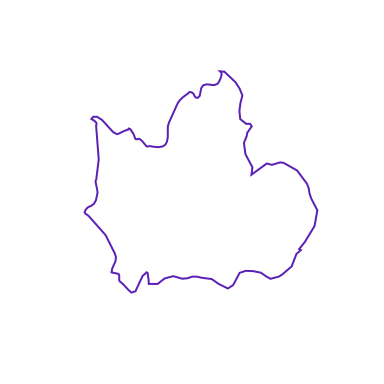 SVG path tracing the border of Louang Namtha, rotated 305°
{"feature_id": "LAO-3272", "entity_name": "Louang Namtha", "entity_type": "Province", "adm_level": 1, "iso_a3": "LAO", "parent_name": "Laos", "parent_adm1": "", "projection": "mercator", "projection_center": [101.159, 20.926], "detail": "fine", "context": "isolated", "style": "outline", "palette": "violet", "viewbox_px": 384, "rotation_deg": 305, "n_neighbors": 0, "source": "natural_earth", "source_scale": "10m", "svg_char_len": 1851}
<svg xmlns="http://www.w3.org/2000/svg" viewBox="0 0 384 384"><g transform="rotate(305 192 192)"><path d="M194.1,67.7L196.9,67.9L199.2,71.2L199.4,77.1L195.8,93.2L196.4,97.5L197.8,98.5L203.1,101.4L206.5,103.9L207.3,103.7L207.8,103.8L208.1,105.4L205.9,111.0L203.0,115.1L203.4,116.3L205.1,118.0L205.4,118.8L205.2,121.5L203.3,128.8L205.4,131.2L208.1,136.6L209.9,139.3L212.7,142.0L215.6,143.0L218.8,142.6L222.7,140.9L231.7,134.7L235.3,133.4L256.3,129.4L260.5,129.4L264.5,130.2L270.7,132.3L272.0,132.4L272.8,133.0L273.5,135.2L273.3,137.0L272.2,138.9L271.5,140.8L272.4,142.7L275.1,143.2L282.4,140.0L285.9,140.0L288.7,142.4L292.1,148.6L295.0,150.8L297.6,150.9L301.2,150.3L304.6,149.2L306.6,147.7L306.9,145.7L309.1,149.5L306.9,164.6L304.0,171.7L300.0,177.9L292.8,180.6L285.6,184.3L279.4,189.7L278.9,197.3L281.1,200.3L280.1,203.3L272.1,203.3L269.2,204.7L262.0,206.4L253.6,214.1L246.9,227.3L240.3,230.8L258.2,236.9L260.1,241.9L266.9,247.3L268.4,250.3L269.9,265.8L264.7,281.5L261.9,285.6L258.3,289.0L255.0,293.5L248.9,305.2L234.4,311.9L215.8,313.1L206.7,312.5L206.9,314.5L201.1,313.1L188.2,316.3L176.8,313.4L172.7,311.8L165.9,306.1L165.4,301.0L165.4,294.6L162.3,287.6L158.3,281.3L153.1,277.4L139.4,279.1L133.5,276.7L132.0,266.4L132.0,258.1L127.3,249.1L125.5,244.6L122.7,240.7L118.6,237.6L115.4,233.8L112.3,224.9L105.5,219.2L97.0,216.6L92.2,209.8L91.9,209.4L95.4,206.6L100.2,202.1L100.2,200.9L94.8,199.7L78.3,202.6L74.9,200.1L75.3,196.2L77.0,188.1L77.4,183.9L78.1,182.9L81.6,180.5L82.6,179.2L82.3,177.6L80.0,172.2L83.4,170.6L91.8,168.9L95.2,166.9L97.5,163.8L107.1,146.0L112.9,121.9L113.2,119.5L113.1,117.3L113.7,115.7L116.1,115.1L117.9,115.2L119.5,115.5L121.1,116.2L122.5,117.2L126.1,118.5L130.3,118.0L137.1,115.1L139.1,113.4L145.3,106.9L147.9,106.1L165.2,96.9L191.1,75.6L193.7,74.3L194.4,71.3L194.1,67.7Z" fill="none" stroke="#5b21b6" stroke-width="2"/></g></svg>